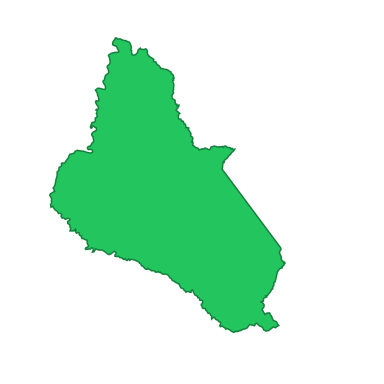 Canguçu, Rio Grande do Sul, Brazil, rotated 295°
{"feature_id": "56859067B84046168462742", "entity_name": "Canguçu", "entity_type": "district", "adm_level": 2, "iso_a3": "BRA", "parent_name": "Brazil", "parent_adm1": "Rio Grande do Sul", "projection": "albers", "projection_center": [-52.66, -31.277], "detail": "fine", "context": "isolated", "style": "filled", "palette": "green", "viewbox_px": 384, "rotation_deg": 295, "n_neighbors": 0, "source": "geoboundaries", "source_scale": "gbopen_adm2", "svg_char_len": 5924}
<svg xmlns="http://www.w3.org/2000/svg" viewBox="0 0 384 384"><g transform="rotate(295 192 192)"><path d="M247.5,67.8L247.1,65.0L246.2,62.7L243.6,61.4L241.2,64.8L240.0,65.3L238.8,66.7L236.2,68.7L235.1,68.9L234.5,68.0L234.2,66.5L232.6,66.6L231.2,68.3L229.8,70.7L228.5,71.9L227.1,71.8L226.6,70.5L225.7,70.2L225.3,71.9L224.1,72.2L222.8,72.0L221.3,73.8L219.6,74.0L217.9,73.1L216.0,74.2L214.9,74.3L214.0,73.9L212.7,71.9L207.7,72.6L207.2,73.6L208.1,74.3L209.6,73.3L210.2,74.6L209.7,76.3L209.6,78.1L208.2,79.2L206.7,78.9L205.6,77.8L203.6,76.7L201.9,76.7L201.0,77.2L200.1,78.9L197.2,81.1L196.1,81.5L194.5,80.8L190.9,80.5L189.1,78.6L187.8,78.5L186.9,79.3L186.7,80.4L187.7,82.0L188.0,83.4L186.9,84.8L185.9,84.9L184.4,83.7L183.4,79.5L183.3,77.3L181.2,70.3L179.3,68.8L177.6,68.9L175.2,66.3L174.7,65.4L172.2,65.2L170.7,65.6L167.8,64.8L165.1,64.5L164.1,64.1L163.5,62.1L162.4,61.6L161.5,62.5L160.4,62.7L158.2,61.2L155.2,62.1L153.2,61.3L149.4,63.0L146.5,63.4L139.7,65.0L136.9,64.5L134.6,67.2L130.5,64.4L129.0,64.5L126.5,67.7L124.1,68.5L122.6,69.4L120.8,69.1L118.6,70.7L120.3,71.8L119.2,73.1L118.5,74.5L117.8,75.7L117.7,77.7L116.1,80.1L117.0,81.4L116.4,83.5L114.7,83.5L113.5,85.3L114.3,86.6L113.7,88.8L115.9,90.9L115.6,93.2L114.4,93.0L112.7,91.7L111.0,92.8L110.5,95.3L108.6,96.3L107.7,97.5L105.2,97.9L106.7,101.1L107.7,101.8L109.0,101.9L108.6,102.9L106.8,103.1L105.9,104.7L107.0,105.8L107.3,106.9L105.5,108.0L105.2,109.4L105.4,110.6L104.4,110.8L103.3,111.9L103.8,113.4L103.7,115.5L104.0,116.9L103.1,117.8L101.1,118.8L99.5,120.9L98.3,120.9L96.5,119.3L95.4,119.3L95.1,120.3L96.3,121.9L97.4,124.1L98.8,124.4L99.2,125.8L97.9,127.0L95.4,127.2L96.5,128.5L99.9,128.8L99.7,130.5L100.5,133.5L101.5,134.7L100.9,139.5L100.2,141.3L100.2,143.2L101.4,144.6L105.4,146.6L105.2,148.3L104.6,149.0L103.8,149.2L102.1,148.8L101.2,149.3L101.6,150.9L102.6,152.6L102.1,154.4L102.4,155.4L102.6,157.0L101.9,158.3L102.3,159.3L103.4,159.7L102.4,161.3L102.7,162.6L104.5,162.6L104.5,163.7L103.8,164.4L105.4,165.5L106.1,168.8L106.2,171.6L105.9,174.0L105.3,174.7L105.1,176.2L104.2,177.0L103.8,178.0L104.0,179.1L102.6,181.9L102.6,183.1L103.2,184.4L104.2,184.4L103.5,188.9L104.3,190.1L104.6,191.6L103.9,192.8L104.7,194.2L105.8,195.3L105.2,196.1L106.0,197.2L105.3,198.7L105.3,200.4L105.8,201.7L106.6,202.7L106.5,205.6L104.8,208.7L104.8,209.9L103.4,211.6L103.8,213.3L103.1,214.8L103.2,216.6L103.0,217.9L103.4,218.9L102.7,219.5L100.5,222.3L100.5,225.6L99.5,226.4L99.4,227.6L98.6,228.9L99.6,229.4L100.4,231.3L100.2,232.6L100.8,233.6L102.0,233.0L103.4,233.5L103.2,234.6L102.0,235.3L99.9,238.3L100.0,239.6L99.6,241.0L98.7,242.0L98.8,243.4L98.3,244.3L97.3,244.7L98.0,247.2L97.3,248.0L95.2,248.6L94.3,247.8L93.1,248.4L92.8,249.3L91.4,250.2L91.2,251.6L92.0,253.3L90.7,254.4L90.6,255.4L88.8,257.9L89.5,259.2L89.1,260.1L88.3,260.8L87.7,262.3L85.2,263.5L86.6,264.0L87.9,265.4L86.6,267.2L86.6,269.9L86.0,270.7L85.8,272.7L85.1,273.6L82.5,273.7L81.9,274.6L83.2,276.2L82.6,279.6L81.9,280.6L83.0,280.9L83.0,285.4L82.4,286.4L82.5,287.6L82.3,288.8L83.0,289.8L84.2,290.2L84.4,291.8L87.6,295.2L88.9,296.1L91.0,298.6L92.1,299.4L96.3,300.3L97.2,305.2L99.7,305.4L100.4,306.1L99.1,310.1L99.3,312.4L98.5,314.1L97.4,315.2L97.2,317.9L98.0,318.6L98.6,319.9L104.2,322.9L104.2,325.0L106.6,326.1L107.6,327.1L108.3,325.7L110.0,323.5L110.2,322.4L109.9,321.2L110.3,319.4L113.3,316.3L113.7,315.1L115.2,313.5L114.1,311.3L111.8,309.8L114.4,306.3L114.7,305.3L115.6,305.1L117.6,305.8L119.9,305.3L121.1,303.7L121.6,302.3L121.4,301.1L122.4,301.3L123.3,302.8L125.5,302.0L126.6,302.2L128.1,303.9L129.1,302.7L129.6,304.1L131.8,304.4L133.0,304.9L135.8,305.4L137.5,305.1L138.0,306.0L139.2,305.9L140.4,305.2L142.0,305.7L144.1,304.5L145.1,305.2L146.6,305.1L155.6,303.2L158.0,303.5L160.1,304.3L161.5,305.9L162.5,305.1L164.4,306.2L165.3,305.9L166.5,306.5L167.6,305.5L166.7,304.7L167.8,303.6L167.8,302.1L171.3,299.9L172.2,299.0L172.8,297.8L173.8,297.4L174.4,296.5L177.0,296.9L177.9,296.7L178.8,296.1L225.5,209.5L226.8,209.4L232.0,207.5L232.2,208.6L233.1,208.4L234.0,207.8L237.5,209.5L241.1,210.2L242.1,211.0L244.2,211.2L246.4,212.2L248.8,212.6L248.1,211.4L248.5,209.9L247.5,209.1L248.2,208.2L248.1,206.8L247.5,205.7L247.5,204.2L248.0,203.3L247.2,202.0L245.7,201.6L246.3,200.6L245.5,199.9L244.5,197.5L243.7,196.9L243.3,193.8L242.6,192.2L240.7,190.2L239.3,190.5L237.6,189.9L237.4,188.4L237.5,185.4L235.6,184.0L235.4,182.9L233.1,180.8L234.1,179.6L234.2,177.8L233.8,176.6L234.6,174.4L234.6,172.9L236.3,172.5L237.2,170.8L237.8,171.6L238.2,170.5L240.5,170.3L241.8,169.4L242.2,167.1L244.5,166.4L246.8,162.9L247.1,162.0L248.6,162.1L248.6,160.7L247.7,159.1L249.6,158.3L250.8,156.8L250.5,155.8L252.3,154.4L252.4,153.4L251.7,152.6L253.4,151.0L252.5,149.2L253.7,148.1L255.2,147.5L257.1,147.3L258.1,147.7L259.3,143.0L260.6,143.1L262.3,143.7L265.2,143.6L264.8,142.6L263.8,142.0L265.1,141.2L264.9,139.9L265.7,139.1L268.0,137.9L268.4,134.6L269.8,133.6L271.7,132.9L273.9,133.5L275.5,132.0L277.2,132.0L278.0,131.5L281.6,130.2L283.8,128.1L284.9,127.3L285.8,128.1L286.8,126.9L287.7,127.6L290.1,125.4L290.9,122.9L292.0,122.0L291.9,120.4L292.3,119.2L292.3,117.2L291.5,115.0L291.4,112.9L290.8,111.7L292.3,109.2L293.0,106.1L294.6,104.4L294.0,103.2L294.3,101.8L296.1,101.3L296.7,97.2L296.6,95.8L297.5,95.0L297.7,93.9L299.4,92.6L300.9,92.0L302.1,90.3L302.1,89.3L301.0,88.6L299.8,85.3L300.5,84.3L298.0,83.2L295.4,83.7L293.2,83.0L292.0,82.1L291.0,80.6L291.4,79.6L292.6,78.5L294.5,77.5L294.7,76.5L296.9,76.2L299.2,74.6L299.7,73.6L301.3,72.3L301.1,69.2L301.2,67.9L300.3,65.2L300.5,62.5L299.1,59.7L299.7,58.7L299.3,57.5L297.6,57.5L294.8,56.9L292.6,57.4L291.9,58.0L291.8,59.1L292.1,61.5L291.5,62.8L290.4,63.7L289.7,65.0L288.4,66.3L287.5,66.2L286.0,63.2L283.6,60.3L281.5,58.8L280.4,58.6L278.5,60.7L275.5,62.7L274.2,63.2L272.9,63.1L270.4,62.1L269.3,62.3L268.0,64.0L266.1,65.5L264.7,66.1L261.1,64.4L260.1,64.4L256.7,65.2L255.0,64.5L253.9,65.0L251.8,68.2L251.1,69.0L249.1,69.8L248.1,69.7L247.5,67.8Z" fill="#22c55e" stroke="#15803d" stroke-width="1.5"/></g></svg>